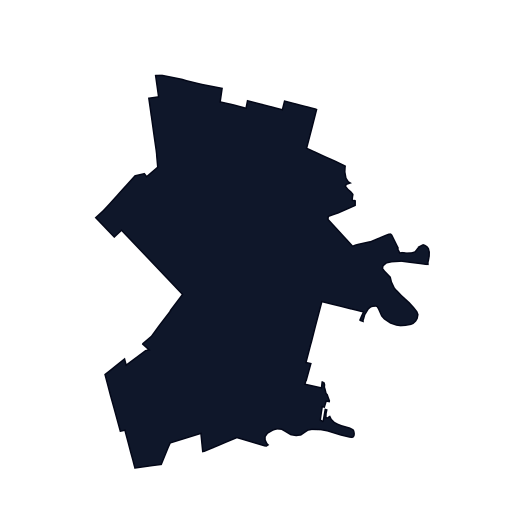 Maxineni, Braila, Romania (Albers equal-area conic projection), rotated 79°
{"feature_id": "2599482B99359782124657", "entity_name": "Maxineni", "entity_type": "district", "adm_level": 2, "iso_a3": "ROU", "parent_name": "Romania", "parent_adm1": "Braila", "projection": "albers", "projection_center": [27.669, 45.424], "detail": "fine", "context": "isolated", "style": "filled", "palette": "ink", "viewbox_px": 512, "rotation_deg": 79, "n_neighbors": 0, "source": "geoboundaries", "source_scale": "gbopen_adm2", "svg_char_len": 3812}
<svg xmlns="http://www.w3.org/2000/svg" viewBox="0 0 512 512"><g transform="rotate(79 256 256)"><path d="M340.6,163.4L339.7,163.3L338.1,162.4L334.3,160.5L329.3,155.9L327.8,153.1L327.6,151.0L327.8,149.3L327.9,148.0L328.8,146.6L331.4,145.7L338.8,144.0L342.2,142.0L347.4,136.8L350.6,131.2L351.9,127.4L352.5,122.6L352.6,117.1L352.1,114.7L350.3,111.8L349.1,110.7L347.9,109.7L344.4,108.3L341.4,108.8L336.7,111.2L331.1,114.6L322.5,121.0L317.6,124.1L315.8,125.4L313.7,126.5L307.3,128.1L302.4,128.3L299.3,130.3L295.3,132.9L292.4,134.3L289.8,133.2L287.6,129.3L287.5,123.9L288.8,114.2L289.6,111.8L291.5,106.1L294.8,95.9L296.5,91.0L297.0,88.8L295.9,88.6L294.7,88.4L293.6,87.8L289.2,86.1L285.1,85.2L284.4,85.3L281.7,85.4L280.6,85.9L279.5,86.5L277.8,88.3L277.0,89.6L277.0,90.2L277.3,91.2L278.2,94.3L278.5,94.1L278.6,94.4L279.0,95.1L279.2,95.5L280.8,97.2L282.4,99.2L282.7,102.6L282.0,107.5L281.6,108.8L281.2,109.8L280.6,111.9L280.5,114.3L275.8,115.7L275.3,115.0L272.1,115.9L261.5,118.8L260.2,119.7L260.0,121.5L260.4,123.9L260.8,125.9L264.1,141.9L263.8,142.0L264.1,153.1L264.3,156.3L264.9,159.3L233.8,178.4L230.9,177.5L230.1,172.5L229.3,166.6L229.2,166.4L226.6,154.9L225.2,149.0L220.8,148.1L220.4,148.5L220.0,150.6L219.7,150.8L218.9,150.8L216.3,150.0L214.2,149.2L213.8,149.3L211.2,150.7L208.2,153.1L205.2,154.7L204.5,155.1L204.0,154.5L202.9,153.8L202.6,151.7L202.3,149.6L200.8,151.3L196.8,152.9L190.4,152.8L186.0,151.7L184.8,151.3L178.3,159.9L177.1,161.6L172.2,168.7L159.9,185.8L140.1,176.3L123.8,168.6L123.1,169.6L116.2,184.2L109.4,198.4L117.5,202.2L102.0,234.7L109.1,237.6L103.6,248.8L97.9,261.8L85.0,257.3L81.2,266.7L77.5,275.9L75.4,280.6L73.0,285.8L70.7,290.8L68.5,294.9L64.6,304.4L60.8,313.7L59.8,319.3L59.7,319.9L59.7,320.1L80.7,321.2L81.2,321.4L80.7,331.1L94.7,331.8L97.6,332.0L98.9,332.0L108.2,332.5L117.3,333.0L133.5,333.8L137.4,334.1L137.9,334.2L138.5,334.3L150.1,335.5L157.3,348.2L153.9,349.9L154.2,359.4L162.9,371.0L163.0,371.2L169.2,379.4L169.3,379.5L176.6,389.2L181.1,395.4L182.6,397.5L187.8,406.0L210.3,391.5L205.0,383.1L232.8,365.3L279.7,335.4L279.9,335.6L293.2,350.4L293.7,350.4L294.0,350.8L304.0,362.1L306.6,365.0L314.9,373.9L320.4,383.7L320.9,384.0L327.8,378.8L327.9,382.5L338.4,404.3L332.0,404.7L336.7,413.7L341.4,422.6L343.5,426.8L350.0,426.4L354.3,426.1L365.5,425.4L366.6,425.3L377.8,424.4L402.1,422.6L402.0,419.0L401.9,417.9L406.8,417.6L415.3,417.0L425.0,416.4L432.6,415.8L438.0,415.5L440.1,415.3L440.9,415.3L441.0,415.3L441.9,397.7L442.5,388.8L426.9,378.6L423.1,375.9L419.6,343.9L437.8,345.6L437.8,344.0L437.4,342.1L434.7,329.0L433.0,321.2L430.6,309.4L432.8,305.1L444.0,283.7L444.5,282.1L444.1,281.2L443.7,280.2L442.4,281.1L441.1,281.5L439.9,281.8L439.1,282.0L438.3,282.2L435.0,281.6L432.1,278.6L430.1,272.8L429.8,270.7L429.7,268.1L430.9,263.9L433.3,261.1L438.0,255.9L439.9,250.8L440.0,248.5L440.2,246.2L438.3,241.9L436.8,238.3L436.8,234.3L438.8,225.4L441.3,219.1L447.8,207.0L451.6,198.6L452.3,196.4L452.0,195.0L450.9,194.1L449.4,193.6L448.4,193.5L446.6,193.5L445.4,193.8L444.7,194.5L442.8,196.9L438.9,204.6L436.8,207.9L434.3,211.0L430.7,213.4L427.6,214.2L428.0,215.3L428.7,216.3L428.1,218.3L423.9,217.3L420.6,215.9L419.8,217.3L430.8,221.5L431.2,222.0L429.3,224.2L423.4,222.2L416.4,219.7L417.4,217.8L411.8,214.8L412.9,211.9L412.0,211.6L409.2,212.1L405.7,212.6L404.3,213.5L399.8,213.7L398.5,213.9L397.6,213.9L395.5,213.3L394.0,213.4L393.6,213.4L393.1,214.4L392.4,214.6L392.3,215.1L398.0,216.9L397.3,218.5L393.1,228.1L391.2,232.5L387.8,230.8L387.8,230.5L372.1,222.7L370.1,227.3L353.0,219.1L350.9,218.0L349.4,217.3L336.0,211.0L313.6,200.2L313.3,200.1L317.5,191.1L321.7,181.9L321.8,181.7L323.9,177.3L326.0,172.9L326.0,172.7L327.4,169.7L328.3,167.7L330.4,163.3L330.9,162.1L331.4,161.0L335.3,163.9L336.5,164.7L338.7,166.2L339.2,165.8L340.6,163.4Z" fill="#0f172a" stroke="#020617" stroke-width="1.5"/></g></svg>